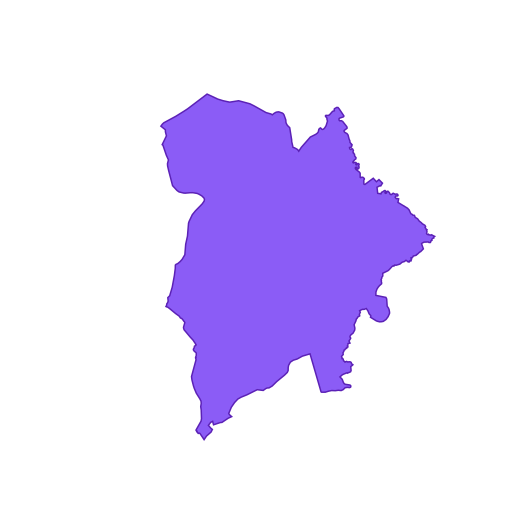 outline of Chum Saeng, Nakhon Sawan, Thailand, rotated 140°
{"feature_id": "78962969B30138061095359", "entity_name": "Chum Saeng", "entity_type": "district", "adm_level": 2, "iso_a3": "THA", "parent_name": "Thailand", "parent_adm1": "Nakhon Sawan", "projection": "orthographic", "projection_center": [100.257, 15.84], "detail": "fine", "context": "isolated", "style": "filled", "palette": "violet", "viewbox_px": 512, "rotation_deg": 140, "n_neighbors": 0, "source": "geoboundaries", "source_scale": "gbopen_adm2", "svg_char_len": 6157}
<svg xmlns="http://www.w3.org/2000/svg" viewBox="0 0 512 512"><g transform="rotate(140 256 256)"><path d="M251.6,110.5L252.1,111.9L251.5,113.3L251.7,114.1L252.7,115.2L253.8,115.7L254.3,117.0L256.0,117.5L255.8,118.0L256.3,119.4L255.5,121.0L255.5,121.8L256.0,122.1L255.4,123.0L255.1,124.0L254.1,124.3L252.6,124.4L251.5,126.0L250.2,126.4L248.8,127.3L248.1,127.0L247.6,127.3L245.9,127.1L245.7,127.5L245.2,127.2L244.4,127.5L244.0,127.3L243.7,127.8L243.8,128.4L243.0,128.6L241.8,129.8L240.0,128.9L239.4,131.1L236.5,132.0L236.2,132.3L236.1,133.5L235.6,134.1L234.0,134.6L231.3,134.5L228.0,135.8L226.6,137.2L225.0,140.3L221.3,142.0L219.5,143.3L218.8,143.2L217.4,143.8L215.0,143.5L214.3,144.9L212.3,145.8L211.8,147.5L208.9,146.8L207.3,145.5L205.3,144.9L205.5,142.2L206.5,139.0L206.4,136.6L206.7,136.1L207.7,135.5L205.6,129.1L205.0,128.0L203.6,126.1L202.0,124.9L200.5,124.1L197.2,123.8L193.8,124.6L190.6,126.2L189.8,127.1L188.5,129.4L188.0,131.0L187.8,133.2L183.5,139.1L183.1,140.8L189.5,148.8L187.3,151.3L184.8,152.8L182.8,153.5L180.6,153.9L177.7,154.0L177.0,154.6L176.6,155.7L175.8,156.4L175.5,157.4L174.0,158.1L173.3,158.8L171.7,159.2L170.0,161.3L164.4,159.9L162.8,159.9L158.6,160.5L157.2,160.3L156.9,159.6L155.8,160.0L154.5,158.8L151.0,157.3L148.0,157.3L145.7,156.3L144.0,156.4L143.7,156.1L143.4,154.1L142.9,154.0L142.8,153.1L142.3,152.9L141.2,153.5L140.5,152.6L140.1,152.7L139.7,153.5L138.6,153.7L138.7,154.7L138.4,155.0L137.5,154.5L136.2,154.5L135.5,154.9L133.8,154.0L132.6,153.6L132.0,153.9L131.6,153.6L128.0,153.8L127.2,153.5L123.2,153.9L121.3,159.0L120.4,159.1L118.4,158.6L115.1,156.1L114.8,155.1L113.8,154.3L113.1,154.5L112.6,155.1L111.1,154.9L110.8,155.6L110.4,155.8L109.3,155.9L108.2,155.5L107.8,156.2L106.5,156.2L107.7,158.8L107.7,159.3L108.7,159.6L109.1,160.3L110.0,161.0L109.9,161.9L110.7,162.1L111.0,163.0L110.9,163.6L109.3,164.8L109.1,165.7L108.1,166.1L108.5,167.1L108.2,167.9L108.2,169.1L107.1,169.6L106.9,171.0L107.9,173.9L107.9,175.0L108.5,177.9L108.3,180.6L109.2,183.3L108.5,185.3L109.6,186.5L109.6,187.5L110.2,188.9L109.1,192.8L109.2,195.2L112.8,205.8L110.0,208.1L110.8,209.2L111.7,209.7L111.6,211.6L110.3,212.1L109.1,211.1L108.5,211.0L108.1,211.3L107.9,212.4L108.4,213.1L109.8,214.0L110.5,215.8L111.3,216.1L112.3,215.9L113.2,216.3L113.5,217.2L113.1,218.8L113.3,220.9L114.2,221.0L115.9,220.4L116.6,220.8L116.6,221.6L114.9,222.2L115.1,223.3L115.8,223.6L117.4,223.7L119.0,224.1L120.3,223.3L122.5,225.8L119.1,230.9L115.7,230.1L115.4,229.5L112.3,230.5L112.7,235.5L116.0,235.5L116.2,240.2L126.6,240.8L127.1,241.8L124.7,244.8L123.6,245.2L123.2,245.8L123.5,247.6L124.2,248.3L125.4,248.7L125.6,249.3L123.0,252.5L122.9,254.0L123.8,258.1L123.5,259.4L122.8,259.9L122.1,259.6L121.8,258.8L122.4,258.1L122.4,257.6L122.1,257.2L121.4,257.0L120.4,257.3L119.6,258.4L119.7,259.1L118.4,259.6L118.0,260.1L118.1,261.0L118.6,261.4L120.3,261.1L120.7,261.4L120.6,262.2L119.5,262.5L119.3,263.3L120.0,264.1L121.5,264.7L121.7,265.3L121.2,265.8L118.7,266.3L117.1,266.2L116.2,267.0L116.1,269.2L115.1,270.7L115.3,272.2L114.9,272.5L115.0,272.9L114.8,273.4L113.5,274.3L113.2,276.0L113.7,276.6L114.9,276.5L115.3,277.9L114.6,279.0L112.9,278.1L111.2,279.2L111.4,279.7L110.9,279.7L110.9,280.2L111.0,282.6L110.1,283.8L109.4,286.0L107.7,289.5L107.6,291.3L108.5,293.6L108.5,294.7L107.8,295.5L104.2,295.3L103.7,295.8L103.3,296.7L103.1,303.4L103.6,304.7L105.0,305.8L105.0,306.7L104.3,307.7L103.5,307.9L99.6,306.4L99.0,306.5L98.6,306.9L97.7,315.2L97.7,317.0L98.6,317.9L101.2,318.4L101.7,318.2L102.6,316.9L104.4,317.6L109.0,316.9L110.4,317.3L112.0,318.8L112.6,318.8L113.0,318.3L113.0,316.1L113.9,314.9L114.5,313.4L118.5,310.8L120.9,310.0L122.6,309.8L123.6,310.1L124.1,310.8L124.2,312.6L125.4,312.9L126.5,312.6L128.6,311.0L129.9,310.7L132.0,310.8L137.9,312.2L151.5,310.1L155.9,308.8L155.7,310.6L156.0,311.7L157.0,314.2L157.8,315.4L155.1,320.7L154.0,322.1L147.7,332.6L148.0,335.9L147.7,337.6L147.2,339.1L145.7,341.1L143.8,346.2L143.7,347.4L143.9,348.5L145.9,351.8L146.9,352.5L148.1,353.2L150.0,353.6L152.8,353.7L153.2,355.1L156.1,359.4L161.0,372.3L162.8,376.5L169.5,386.1L177.3,390.8L181.4,396.1L184.5,400.9L189.4,411.5L213.8,412.7L218.0,413.2L227.8,414.6L240.9,417.3L242.9,417.2L245.4,416.6L244.3,411.0L245.6,409.3L247.4,405.6L256.3,401.6L256.1,400.6L259.9,390.9L261.3,385.9L264.5,383.6L265.9,381.7L268.0,377.6L274.7,363.5L274.4,357.0L273.8,354.6L271.1,350.9L269.9,349.7L265.9,346.9L263.7,345.1L260.8,341.7L259.9,339.8L258.9,337.0L258.6,333.9L259.0,332.6L260.4,331.4L263.7,330.5L273.5,329.5L278.2,328.6L285.0,325.5L286.6,324.5L295.7,315.3L302.3,310.2L309.7,302.7L314.8,300.9L317.7,300.5L320.9,300.5L322.5,301.0L323.6,300.9L325.9,298.3L331.1,293.5L340.3,285.9L347.7,281.0L350.3,280.8L352.3,277.9L353.8,277.0L354.9,276.8L356.6,275.4L357.4,275.3L357.4,274.9L356.5,273.5L356.0,271.4L354.6,263.7L353.5,259.4L353.7,257.1L353.1,255.9L353.0,254.7L353.2,252.2L353.1,251.5L353.4,250.7L357.2,248.1L357.7,247.6L358.5,245.7L358.5,235.9L358.3,232.0L358.9,226.7L359.4,226.6L359.6,226.2L361.1,226.5L362.4,225.4L363.6,225.0L364.3,224.4L364.5,222.6L364.1,220.8L364.2,220.0L365.8,218.1L367.1,217.4L367.3,216.7L367.8,216.8L368.6,215.1L382.9,205.1L384.8,202.1L387.4,196.7L388.4,194.2L389.9,189.3L390.8,182.8L391.4,180.2L392.7,178.3L395.2,176.1L397.0,173.2L402.4,166.3L404.3,164.8L413.9,161.2L413.8,160.0L414.1,160.1L414.3,159.7L414.3,157.2L413.5,157.0L413.0,156.0L413.8,148.7L409.6,149.9L403.6,150.0L400.9,151.2L401.3,153.3L401.3,156.9L397.6,157.7L395.5,157.2L397.0,154.0L390.5,151.4L389.0,150.4L381.5,149.6L377.9,148.6L378.3,151.6L378.1,152.9L372.1,156.0L366.7,157.5L361.8,158.1L358.1,157.4L352.2,155.5L341.0,152.8L336.9,148.4L333.4,148.1L332.1,147.6L330.8,146.6L327.2,146.0L320.7,146.5L310.7,146.4L306.9,146.7L305.0,147.6L303.0,149.9L301.3,151.3L297.9,152.6L294.4,152.2L290.6,150.6L284.9,149.5L277.5,146.3L293.5,110.1L293.3,109.5L290.4,107.1L287.3,105.8L284.5,104.3L281.9,101.9L279.2,100.2L277.3,98.2L275.2,97.6L272.4,97.8L270.4,96.6L268.9,95.0L267.9,94.7L266.9,95.4L266.9,96.7L270.1,100.4L270.5,101.6L270.3,103.1L269.2,106.1L269.4,109.4L266.4,109.5L264.9,109.2L261.3,108.0L261.3,107.5L258.0,106.5L256.8,107.1L254.5,110.4L252.0,110.3L251.6,110.5Z" fill="#8b5cf6" stroke="#5b21b6" stroke-width="1.5"/></g></svg>